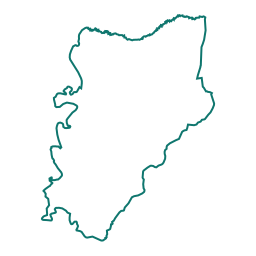 the district of Wang Muang, Saraburi, Thailand
{"feature_id": "78962969B15444617755923", "entity_name": "Wang Muang", "entity_type": "district", "adm_level": 2, "iso_a3": "THA", "parent_name": "Thailand", "parent_adm1": "Saraburi", "projection": "mercator", "projection_center": [101.139, 14.811], "detail": "fine", "context": "isolated", "style": "outline", "palette": "teal", "viewbox_px": 256, "rotation_deg": 0, "n_neighbors": 0, "source": "geoboundaries", "source_scale": "gbopen_adm2", "svg_char_len": 5610}
<svg xmlns="http://www.w3.org/2000/svg" viewBox="0 0 256 256"><path d="M62.3,208.4L66.0,210.7L67.5,212.6L70.1,213.7L69.6,217.5L69.6,220.2L70.4,222.6L71.1,224.0L71.6,224.2L72.5,224.0L74.5,221.7L76.2,221.6L76.8,222.2L77.0,224.0L77.8,225.4L78.0,226.2L77.2,228.3L76.4,229.8L76.6,230.4L80.0,231.1L81.6,231.9L84.7,236.4L86.1,237.4L87.2,237.6L92.5,236.6L100.9,240.4L101.9,240.6L103.1,240.4L105.8,238.5L105.4,237.9L106.6,237.2L106.5,235.7L107.2,234.2L106.9,230.6L109.7,229.4L110.2,228.9L110.9,226.1L111.0,224.4L112.0,224.3L112.6,223.7L112.2,222.8L112.4,222.4L112.2,221.9L112.6,221.7L113.0,221.1L113.7,220.8L115.2,218.1L119.4,212.4L121.2,210.9L123.2,210.7L123.9,210.4L124.8,207.5L128.5,203.3L131.9,197.3L134.1,196.2L138.2,195.4L142.3,193.4L144.1,191.9L144.4,191.1L144.5,189.9L143.6,188.3L143.2,184.1L143.8,179.5L142.8,178.1L142.6,177.5L143.1,171.6L143.6,170.6L147.5,167.6L150.4,165.8L151.3,165.7L153.2,166.0L154.9,167.1L156.4,167.3L158.5,165.6L161.6,164.5L162.5,163.9L163.5,162.6L165.1,158.8L165.3,156.0L164.7,153.9L164.6,151.9L165.1,150.1L166.6,148.8L166.6,147.0L167.1,145.6L169.9,143.3L175.9,140.2L179.0,138.9L182.1,131.9L182.8,131.3L184.4,130.4L186.5,130.0L187.2,128.2L188.0,124.6L194.1,125.2L196.5,124.5L197.9,122.6L200.6,121.6L201.9,119.8L204.3,119.4L205.0,119.0L208.3,114.7L210.5,112.4L212.7,108.3L214.0,105.0L214.1,103.4L211.2,94.4L211.9,93.1L210.1,92.2L207.7,91.8L206.9,91.3L206.0,91.4L203.8,87.7L202.8,86.7L201.7,77.9L197.1,78.6L197.9,75.2L200.5,66.7L200.4,66.2L200.8,65.4L201.5,47.1L202.8,43.8L204.1,39.8L205.6,30.4L204.9,19.5L205.3,17.4L203.7,16.4L203.1,16.5L202.3,17.0L199.6,16.4L199.2,17.6L195.9,17.8L195.7,17.9L195.6,18.7L194.7,19.4L193.2,18.6L192.6,19.1L192.3,19.1L192.4,17.8L192.1,17.6L190.6,17.8L189.5,17.6L189.3,18.1L189.1,18.2L188.8,17.0L187.1,16.6L186.8,16.3L186.3,16.5L185.9,16.9L185.6,16.7L184.8,16.9L184.5,16.5L183.7,16.7L182.9,16.3L182.6,15.4L180.8,15.8L179.9,15.4L179.8,15.9L179.0,15.4L178.5,16.2L177.9,15.7L177.6,16.6L176.8,16.6L176.1,17.7L175.2,18.1L175.1,18.4L174.3,18.2L174.4,18.6L174.1,18.6L174.0,19.2L173.7,19.1L173.7,19.7L173.1,19.2L171.8,20.2L171.3,21.2L170.2,20.9L169.9,21.2L169.8,20.3L169.5,20.2L169.2,20.4L169.2,21.1L168.5,20.8L168.2,21.0L167.8,20.6L167.5,21.1L167.2,20.6L166.5,21.1L166.0,21.2L165.9,21.5L166.3,21.8L166.1,22.1L166.2,22.3L165.3,22.2L165.5,23.0L165.1,22.9L164.6,23.7L163.4,24.1L162.6,24.6L162.1,25.7L161.9,25.6L161.9,25.2L161.0,25.0L161.0,25.3L161.5,25.6L160.6,25.8L160.9,26.4L160.3,26.2L160.2,26.7L159.3,26.8L159.1,27.1L159.1,28.3L157.3,28.3L157.5,28.9L156.8,29.2L156.9,29.5L157.3,29.6L157.3,30.0L156.2,29.9L156.1,30.3L156.5,30.4L156.4,30.7L156.0,31.0L154.9,31.2L154.3,31.9L154.2,32.5L153.2,33.1L152.0,34.4L151.4,34.5L150.4,35.0L150.1,34.4L149.8,34.3L149.1,35.4L148.2,35.1L147.7,35.7L146.4,36.0L145.7,36.7L145.0,36.3L143.9,36.4L142.2,37.8L142.2,38.2L142.7,38.5L142.6,38.9L142.1,39.1L141.2,38.9L139.5,39.8L138.6,39.5L137.3,39.7L133.5,39.8L132.2,40.3L128.9,39.1L127.6,39.7L126.6,39.0L125.8,37.5L124.4,37.5L124.2,35.5L123.1,36.1L122.5,35.3L122.1,35.1L119.0,35.2L118.6,34.7L116.7,34.2L115.7,33.4L115.0,33.6L114.2,33.5L113.2,34.4L112.3,34.1L111.7,34.9L110.8,34.7L110.2,35.0L109.6,33.8L110.2,33.3L110.2,33.0L109.3,32.9L108.7,33.9L108.3,34.0L108.2,32.1L107.5,32.4L107.1,32.4L107.0,31.9L107.4,31.2L107.1,31.0L106.4,31.0L106.2,31.8L105.5,32.3L105.3,32.2L105.4,31.1L105.1,31.0L104.6,31.5L104.5,31.9L104.2,32.0L104.0,33.0L103.0,32.9L102.0,33.1L101.5,32.7L101.2,31.9L100.0,31.6L99.3,31.0L98.5,31.1L98.4,29.7L97.4,29.9L97.6,31.1L96.4,30.6L96.2,30.2L97.0,30.2L97.0,29.8L96.5,29.2L95.9,29.7L95.4,28.4L95.1,28.5L95.0,29.3L94.2,29.5L93.8,30.1L92.6,30.6L92.7,29.9L92.3,29.8L91.7,30.3L90.2,30.6L90.0,30.0L90.6,29.6L89.6,29.1L90.5,29.0L90.3,28.6L89.8,28.6L88.6,29.1L88.2,28.7L88.0,27.7L86.4,27.6L85.1,28.1L82.0,30.2L79.3,34.3L79.0,35.4L78.9,36.7L79.0,38.9L78.4,41.6L79.1,43.3L79.0,44.7L78.5,45.5L77.6,45.9L76.9,45.9L75.9,45.2L75.3,45.2L73.1,46.4L71.1,50.8L69.9,54.4L69.7,57.4L70.2,59.6L78.2,72.3L81.1,78.4L81.8,80.9L81.8,83.4L81.2,88.3L79.5,87.1L76.9,91.7L75.9,92.2L75.0,92.0L73.8,92.3L72.5,94.1L71.0,94.7L70.2,93.9L69.8,92.6L70.1,91.9L71.5,90.7L71.9,89.3L71.8,88.5L71.3,87.9L69.1,86.7L68.0,86.6L67.3,87.1L66.9,88.1L64.7,89.4L63.6,91.0L63.9,91.6L65.2,92.5L65.8,93.2L66.1,93.9L65.9,94.4L65.2,94.4L60.3,93.3L58.1,93.4L56.9,94.2L55.7,96.7L53.9,97.9L54.0,99.6L55.2,104.5L55.2,106.0L55.8,106.7L56.4,107.1L59.8,106.9L63.2,104.0L66.9,102.6L73.4,103.8L76.6,105.6L77.2,106.4L77.2,107.4L77.0,108.1L75.7,110.1L72.4,112.6L67.5,118.6L66.6,120.1L66.8,122.9L67.6,125.2L68.3,126.1L68.9,125.7L69.9,125.9L70.3,126.6L69.9,127.5L69.3,127.8L66.3,128.1L64.9,128.0L63.3,126.8L63.2,124.8L62.9,123.9L61.8,123.1L60.2,122.6L59.1,122.8L58.1,123.3L57.6,124.1L56.9,126.1L56.5,128.2L57.3,134.6L58.6,139.8L61.3,147.4L60.3,148.3L58.4,146.5L56.7,146.5L55.4,146.3L52.7,146.4L51.3,147.0L51.2,147.3L51.5,148.0L50.7,149.1L50.6,149.6L51.3,151.5L51.6,154.8L52.2,157.6L52.5,158.5L53.2,159.0L54.0,160.4L54.1,160.9L53.8,161.7L54.4,163.0L55.6,164.4L57.8,168.1L61.2,172.3L61.8,173.6L62.0,175.1L61.7,175.9L59.7,178.2L57.9,179.6L57.1,179.5L54.8,180.1L51.9,180.1L51.1,179.2L51.2,178.7L51.8,178.2L51.7,177.5L51.3,177.4L49.5,178.5L49.7,180.7L51.3,181.9L51.7,182.6L52.3,182.9L52.3,183.3L51.0,184.4L49.9,186.0L49.0,186.4L45.5,188.9L43.5,190.7L43.5,191.0L44.2,191.5L45.7,193.8L45.5,196.6L48.2,198.8L49.1,205.2L46.7,208.5L47.1,213.6L47.0,215.1L44.2,216.1L43.3,216.7L42.0,218.3L41.9,218.9L42.4,219.6L43.2,219.9L47.0,220.1L51.0,220.5L51.6,220.3L52.0,219.4L51.9,218.4L50.7,216.0L50.4,214.6L51.5,213.7L55.2,212.8L55.7,212.5L55.9,212.0L54.8,209.2L55.4,208.3L56.0,207.9L59.1,207.8L62.3,208.4Z" fill="none" stroke="#0f766e" stroke-width="2"/></svg>